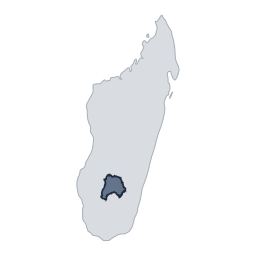 Ihosy, Ihorombe, Madagascar (highlighted)
{"feature_id": "10022922B7074189327891", "entity_name": "Ihosy", "entity_type": "district", "adm_level": 2, "iso_a3": "MDG", "parent_name": "Madagascar", "parent_adm1": "Ihorombe", "projection": "natural_earth1", "projection_center": [45.83, -22.367], "detail": "fine", "context": "in_parent", "style": "filled", "palette": "slate", "viewbox_px": 256, "rotation_deg": 0, "n_neighbors": 0, "source": "geoboundaries", "source_scale": "gbopen_adm2", "svg_char_len": 7859}
<svg xmlns="http://www.w3.org/2000/svg" viewBox="0 0 256 256"><path d="M165.9,21.2L166.6,23.0L167.3,24.6L169.7,28.7L170.7,30.2L171.6,31.9L172.0,35.2L173.5,40.3L174.8,48.0L175.2,55.9L175.7,59.6L176.8,63.0L178.6,66.5L179.1,70.5L178.0,74.5L176.4,78.3L175.9,79.1L175.2,80.0L174.8,80.0L173.6,79.0L172.5,77.4L171.2,73.6L170.7,71.7L170.2,71.4L168.6,71.5L167.5,72.7L167.3,73.5L167.5,75.6L167.9,77.6L168.1,79.5L168.1,82.0L168.5,82.7L169.2,83.4L169.8,85.0L169.9,88.8L169.5,90.8L168.4,92.4L168.4,93.4L168.8,94.3L168.4,94.9L167.0,95.6L166.4,96.2L165.6,97.9L164.3,101.4L164.1,103.2L164.9,108.6L164.6,112.4L163.0,119.7L162.0,123.2L160.7,127.3L158.6,132.8L156.6,139.6L154.8,146.7L153.6,150.9L152.1,155.1L150.1,162.5L148.4,170.0L146.0,178.3L142.5,187.5L142.2,188.7L141.4,193.4L140.7,197.5L139.7,201.5L137.8,208.2L137.6,210.3L137.2,212.3L135.3,216.5L134.5,218.0L134.0,219.7L133.7,221.8L133.1,223.8L131.8,227.5L129.8,230.7L128.4,231.9L125.5,233.6L124.0,233.9L120.8,234.0L117.6,234.9L114.3,236.8L111.1,238.9L109.9,239.9L108.5,240.5L104.3,240.6L103.0,240.2L98.8,236.7L97.2,236.1L94.1,235.6L93.2,235.3L92.3,234.9L91.0,233.0L88.6,231.5L88.0,231.0L87.6,230.0L87.3,228.8L86.7,227.5L86.2,225.1L85.4,223.4L83.1,220.3L82.8,219.4L82.6,216.2L82.7,214.0L82.4,210.0L82.7,208.2L83.5,206.5L83.2,204.7L82.3,202.8L82.0,200.8L81.3,199.0L78.9,195.7L78.3,194.1L77.9,192.5L77.0,187.3L76.9,185.5L77.0,181.7L77.3,179.8L77.9,178.4L78.0,177.4L78.4,176.5L79.0,175.8L79.4,175.0L80.3,170.1L81.4,169.1L83.1,168.5L84.4,167.2L85.2,165.5L86.0,161.9L88.1,158.4L88.9,156.6L90.6,153.8L92.1,149.9L92.6,148.1L92.9,146.2L93.3,142.0L93.6,140.0L93.5,137.9L92.6,135.8L90.5,132.0L90.4,131.3L90.6,128.5L90.4,126.4L89.6,124.4L88.7,122.5L87.7,118.9L87.2,113.0L87.3,110.8L87.0,108.9L86.3,107.1L86.8,103.9L93.0,92.4L93.2,91.1L93.0,87.6L93.1,85.5L93.3,84.8L93.8,84.3L94.9,84.1L99.9,83.6L100.6,83.3L101.8,82.3L103.6,80.4L104.4,79.9L105.1,80.1L105.5,80.9L106.1,81.3L108.1,80.5L108.9,80.4L109.7,80.6L110.1,79.8L110.3,78.8L110.6,78.0L111.1,77.6L113.8,77.4L115.5,77.1L117.6,76.3L118.1,76.5L119.9,79.1L120.4,79.3L121.1,79.4L121.7,79.0L120.3,77.6L120.0,76.8L120.1,75.9L120.9,74.0L122.2,72.6L125.0,70.4L127.9,67.9L128.8,67.7L129.5,68.1L130.1,71.1L130.0,71.6L130.5,71.6L131.0,71.3L131.5,70.1L131.5,69.1L131.2,68.1L131.0,67.3L130.9,66.5L132.4,64.8L133.6,63.1L134.2,61.1L134.6,60.1L135.9,59.1L136.2,59.2L136.5,60.1L136.7,61.0L136.4,61.9L135.9,62.8L135.7,64.0L136.4,64.2L137.1,63.9L138.1,61.8L139.2,59.7L139.8,58.7L140.7,58.0L142.0,58.1L143.4,58.6L141.2,56.4L140.7,53.5L143.3,48.5L143.3,47.4L143.7,47.1L143.8,46.7L142.5,45.0L142.2,44.2L142.4,42.9L143.1,41.7L143.7,40.9L144.5,40.6L145.1,41.1L146.6,42.5L147.5,42.7L148.7,41.3L149.7,39.7L151.1,38.5L152.8,37.8L155.3,35.2L156.9,29.6L157.1,28.0L156.7,26.1L156.1,24.2L155.2,21.9L155.4,21.4L156.8,21.7L157.2,21.3L158.7,19.3L161.2,15.4L162.0,15.4L162.7,16.1L162.9,17.2L163.4,18.0L165.1,19.8L165.9,21.2ZM148.8,36.8L148.8,37.4L146.9,37.1L146.6,35.0L147.6,35.0L147.8,34.1L148.3,34.0L148.9,35.9L148.8,36.8ZM171.2,95.8L169.6,98.8L170.1,96.3L171.9,92.6L172.5,92.3L171.2,95.8Z" fill="#d9dde1" stroke="#a8b0b8" stroke-width="1"/><path d="M117.7,177.0L117.4,176.9L117.2,176.9L116.7,176.7L116.6,176.4L116.4,176.5L116.2,176.4L116.0,176.5L115.7,176.6L115.6,176.3L115.4,176.4L115.1,176.4L115.0,176.5L114.9,176.5L114.9,176.2L114.8,175.8L114.6,175.7L114.5,176.0L114.4,176.1L114.1,176.0L113.9,176.4L113.5,176.5L113.4,176.7L113.0,176.8L112.8,176.7L112.4,176.9L112.4,176.7L112.0,176.5L111.8,176.0L111.5,175.8L111.4,175.6L111.2,175.8L111.0,175.5L110.7,175.6L110.4,175.5L110.3,175.4L110.2,175.2L110.0,174.8L109.9,174.6L109.6,174.8L109.5,174.7L109.4,174.5L109.1,174.6L108.9,174.5L108.5,174.6L108.9,175.6L108.5,175.5L108.3,175.6L108.1,175.4L107.9,175.5L107.8,175.8L107.6,175.7L107.4,175.8L107.3,175.7L107.2,175.6L107.1,175.9L107.0,176.1L106.8,176.4L106.4,177.0L106.2,177.4L106.2,177.7L106.3,178.1L106.3,178.6L106.2,178.6L106.1,178.8L105.9,178.9L105.9,179.0L106.0,179.2L105.9,179.2L105.7,179.2L105.4,179.1L105.1,179.1L104.8,179.2L104.7,179.2L104.2,179.2L104.2,179.5L104.4,180.4L104.6,180.4L104.8,180.5L104.9,180.3L105.0,180.1L105.1,180.6L105.3,180.9L105.3,181.0L105.3,181.4L105.3,181.6L105.1,182.0L105.3,182.1L105.3,182.7L105.4,183.1L105.5,183.1L105.6,183.4L105.3,183.7L105.2,183.7L105.2,183.9L105.4,184.2L105.4,184.5L105.2,184.6L105.2,184.8L104.9,184.7L104.7,184.9L104.7,185.1L104.8,185.1L104.6,185.2L104.6,185.5L104.6,185.8L104.6,186.0L104.7,186.4L104.7,186.5L104.7,186.8L104.3,186.9L104.3,187.0L104.2,187.2L104.2,187.3L104.1,187.6L104.1,187.9L103.9,188.1L103.5,188.9L103.0,189.1L102.9,189.4L102.7,189.5L102.6,190.1L102.4,190.2L102.4,190.5L102.3,191.1L102.4,191.3L102.3,191.5L102.1,191.6L101.8,192.2L101.8,192.4L101.8,192.5L101.9,192.8L101.9,193.1L102.0,193.1L102.0,193.3L101.9,193.5L101.7,193.6L101.6,193.8L101.8,194.0L101.8,194.3L102.0,194.5L102.2,194.9L102.3,195.4L102.4,195.5L102.3,195.9L102.1,195.9L102.0,196.0L101.2,196.1L101.1,196.7L101.0,196.8L101.4,197.5L101.6,197.5L101.8,197.7L101.9,197.8L102.0,198.0L102.3,198.2L102.4,198.5L102.8,198.6L103.0,198.5L103.5,198.7L104.0,198.7L104.5,198.9L104.7,199.3L105.1,199.1L105.1,199.3L105.4,199.5L105.5,199.5L105.8,199.4L106.0,199.6L106.3,199.4L106.3,199.5L106.5,199.2L106.4,198.9L106.5,198.5L106.4,198.3L106.4,198.2L106.4,197.5L106.5,197.4L106.5,197.1L106.6,196.9L106.6,196.5L106.5,196.4L106.8,196.3L106.8,196.0L106.9,195.8L106.8,195.7L106.9,195.8L107.0,195.7L106.9,195.5L107.0,195.3L107.2,195.5L107.2,195.4L107.3,195.3L107.5,195.2L107.5,194.9L107.5,195.0L107.9,195.1L108.0,194.8L108.0,194.7L108.3,194.7L108.6,194.6L108.6,194.4L108.8,194.3L109.0,194.2L109.4,194.0L109.5,193.7L110.0,193.6L110.3,193.4L110.4,193.5L110.5,193.5L110.4,193.4L110.6,193.5L110.6,193.3L111.0,193.4L111.0,193.2L111.4,193.1L111.5,192.9L111.6,193.0L111.9,193.1L112.0,192.9L112.3,192.7L112.5,192.6L112.9,192.6L112.9,192.4L113.0,192.4L113.3,192.4L113.5,192.3L113.6,192.2L113.7,192.3L113.8,192.3L114.0,192.4L114.2,192.2L114.3,192.2L114.4,192.3L114.6,192.4L114.7,192.2L114.8,192.3L114.7,192.4L115.0,192.5L115.1,192.3L115.1,192.5L115.3,192.6L115.5,192.5L115.7,192.8L115.8,193.0L116.2,193.1L116.2,193.3L116.3,193.3L116.5,193.4L116.6,194.2L116.7,194.3L116.9,194.4L117.0,194.5L117.2,194.8L117.3,194.6L117.6,194.7L117.8,194.9L118.1,195.1L118.3,195.0L118.4,195.4L118.6,195.7L118.6,196.0L118.8,196.1L118.8,196.4L119.1,196.9L119.1,197.0L119.2,197.3L119.3,197.6L119.6,197.5L119.7,197.3L120.0,197.1L120.5,196.9L120.5,196.6L120.3,196.2L120.3,195.9L120.2,195.8L120.0,195.4L120.3,195.2L120.6,195.3L120.7,195.2L120.8,195.6L121.0,195.8L121.4,195.7L121.5,195.6L121.6,195.2L121.8,194.9L121.9,194.7L122.2,194.5L122.0,193.8L121.8,193.4L121.9,193.2L122.1,193.4L122.3,193.3L122.1,192.8L122.1,192.6L122.4,192.4L122.7,192.3L123.1,191.9L123.5,192.1L123.8,192.1L123.9,191.9L124.0,191.9L124.1,192.1L124.3,191.9L124.0,191.6L123.9,191.3L123.9,191.0L123.9,190.7L124.1,190.6L124.4,190.7L124.6,190.6L124.8,190.4L125.1,190.2L125.4,190.5L125.3,189.7L125.5,189.2L125.5,188.7L125.4,188.3L124.9,188.1L124.8,187.9L124.6,187.8L124.6,187.7L124.3,187.5L124.2,187.6L124.1,187.8L124.0,187.7L124.0,187.4L123.8,187.5L123.7,187.5L123.7,187.2L123.4,186.8L123.5,186.6L123.4,186.5L123.2,186.4L123.3,186.2L123.4,185.7L123.2,185.4L123.1,185.1L123.2,184.8L123.2,184.7L122.9,184.5L122.8,184.1L122.7,184.0L122.8,183.8L122.8,183.4L122.7,183.3L122.6,183.2L122.8,183.2L122.9,182.8L122.6,182.8L122.7,182.6L122.6,182.3L122.4,182.1L122.1,182.2L122.0,182.4L121.9,182.5L121.9,182.4L121.8,182.0L121.5,181.9L121.4,181.6L121.4,181.2L121.6,180.9L121.6,180.7L121.5,180.4L121.6,179.9L121.5,180.1L121.4,180.1L121.3,179.9L121.0,179.8L120.9,179.7L120.9,179.1L120.7,179.0L120.6,178.9L120.7,178.5L120.7,178.4L120.6,178.5L120.4,178.1L120.2,178.2L120.3,178.4L120.0,178.4L119.9,178.0L120.0,177.6L119.8,177.4L119.4,177.5L119.2,177.4L119.1,177.5L118.9,177.6L118.7,177.5L118.7,177.2L118.5,176.9L118.3,176.9L117.7,177.0Z" fill="#64748b" stroke="#1e293b" stroke-width="1.5"/></svg>